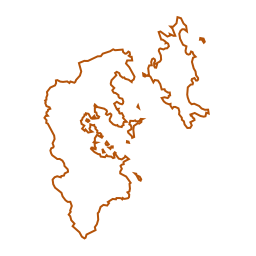 Angra dos Reis, Rio de Janeiro, Brazil, rotated 266°
{"feature_id": "56859067B69907302003048", "entity_name": "Angra dos Reis", "entity_type": "district", "adm_level": 2, "iso_a3": "BRA", "parent_name": "Brazil", "parent_adm1": "Rio de Janeiro", "projection": "orthographic", "projection_center": [-44.33, -23.032], "detail": "fine", "context": "isolated", "style": "outline", "palette": "amber", "viewbox_px": 256, "rotation_deg": 266, "n_neighbors": 0, "source": "geoboundaries", "source_scale": "gbopen_adm2", "svg_char_len": 5938}
<svg xmlns="http://www.w3.org/2000/svg" viewBox="0 0 256 256"><g transform="rotate(266 128 128)"><path d="M147.6,47.6L145.8,48.9L145.7,46.7L144.0,45.4L141.4,47.3L138.8,46.8L137.9,48.3L125.6,53.8L122.1,54.0L118.0,51.7L114.9,52.6L113.8,52.1L113.1,50.0L110.9,49.0L108.0,49.6L106.1,50.5L102.0,55.3L101.9,57.7L100.0,60.3L97.1,61.8L94.5,62.0L91.1,64.9L89.8,65.1L88.5,65.1L87.1,61.7L85.0,60.8L84.7,58.1L83.5,57.5L84.8,54.0L84.0,51.4L81.8,49.2L77.1,49.5L73.5,51.1L68.0,57.1L64.3,58.0L60.3,60.6L58.5,62.7L58.4,65.3L54.1,66.5L49.6,64.5L48.4,65.0L45.7,62.8L44.0,64.2L39.9,65.0L36.3,67.9L33.9,65.9L27.4,72.3L22.8,74.4L20.9,76.9L21.5,78.0L24.6,79.2L28.4,88.5L31.4,88.0L34.1,90.2L38.6,91.9L45.1,91.9L46.2,93.1L51.1,95.1L53.0,98.1L52.1,101.8L54.4,103.8L55.6,102.8L58.3,107.8L57.7,111.0L58.9,111.6L58.7,114.7L58.4,116.2L57.3,117.2L58.5,117.9L57.6,118.9L57.6,120.3L58.0,123.2L59.0,124.2L61.6,124.6L63.9,123.0L64.6,125.0L67.3,125.7L72.2,125.6L73.1,126.8L79.7,122.8L83.2,117.1L85.1,117.2L87.7,119.0L90.7,117.9L91.8,119.1L92.2,121.2L94.2,121.1L94.9,122.0L96.9,126.7L100.2,123.3L99.0,122.7L97.1,119.6L98.1,116.6L102.7,113.7L104.0,114.0L104.7,113.1L103.4,111.9L99.4,112.5L99.0,111.0L100.6,109.4L101.3,105.6L102.5,104.8L100.5,103.0L101.4,98.8L103.8,98.1L104.0,96.5L106.3,92.9L109.9,89.6L111.0,90.2L110.9,91.6L109.8,92.3L109.1,94.2L110.5,94.5L111.6,93.7L114.8,93.6L115.6,96.0L116.2,92.9L117.6,94.1L120.1,94.2L123.3,96.6L120.2,101.2L121.4,102.1L122.4,100.4L123.5,101.0L124.8,100.0L124.8,98.3L125.6,96.9L127.4,97.3L129.6,95.4L130.8,95.9L131.9,94.7L133.4,94.5L133.2,93.0L134.3,90.7L131.4,90.4L130.2,89.5L128.7,89.9L126.8,92.1L126.2,88.0L129.5,85.5L128.2,84.6L130.5,82.2L133.4,84.6L135.3,82.0L138.6,81.5L139.4,82.8L141.2,83.4L142.9,85.2L144.5,85.6L144.2,87.0L145.6,87.1L144.9,89.6L140.2,91.9L139.7,93.0L139.7,94.4L141.0,93.6L142.5,95.2L139.8,96.3L139.9,99.2L141.3,100.0L142.7,97.9L145.6,97.5L146.3,96.1L150.3,96.3L150.8,97.3L152.4,96.0L153.7,96.6L151.0,99.1L148.9,105.7L147.1,107.9L145.9,108.2L143.5,106.9L142.4,108.1L143.7,111.3L142.7,112.3L141.3,112.2L138.1,110.3L136.2,110.4L132.7,113.5L131.3,116.3L131.7,117.6L130.3,118.4L129.4,121.8L130.7,122.4L131.2,123.8L132.8,123.6L134.3,124.3L134.3,127.1L138.5,123.7L139.8,124.5L143.3,122.9L142.9,121.1L143.7,120.3L145.2,120.4L146.3,119.1L147.8,120.0L147.7,118.1L153.2,115.9L154.9,118.7L152.8,121.6L152.1,123.7L152.9,124.7L154.7,125.2L157.6,124.4L158.5,121.7L159.9,120.7L161.5,120.8L163.8,118.0L164.1,116.4L165.5,115.5L166.8,115.0L168.9,117.1L172.3,114.0L173.7,113.9L176.8,114.9L181.5,120.1L183.8,119.0L184.8,120.7L183.3,123.1L180.8,123.8L178.5,126.3L178.7,127.8L177.3,128.6L176.1,132.0L173.6,134.9L174.9,135.3L176.0,137.1L178.7,138.1L188.6,133.5L192.5,130.5L195.4,131.9L195.1,136.9L198.8,136.6L198.9,135.2L200.0,133.8L201.0,135.1L203.4,134.9L204.2,133.7L202.4,131.7L202.3,130.4L204.0,128.5L206.6,128.1L206.5,120.5L207.5,118.7L205.8,115.5L203.9,108.0L201.5,105.9L201.6,102.7L197.7,92.7L198.0,89.0L196.2,83.6L187.7,85.3L183.6,83.7L179.6,79.6L177.6,78.6L176.9,77.6L178.4,73.8L177.0,72.7L178.7,70.6L178.5,66.4L179.0,63.7L180.7,60.8L180.5,59.4L177.8,59.4L175.6,58.2L173.8,53.4L169.6,49.7L166.7,49.9L164.2,48.7L161.9,48.6L161.2,47.2L159.7,47.8L158.7,47.2L155.5,48.2L154.1,51.2L152.6,51.8L151.9,49.6L150.3,49.1L149.4,47.8L147.6,47.6ZM178.8,150.0L178.4,153.1L177.4,154.1L171.8,156.5L174.0,158.0L173.2,161.2L169.6,163.2L164.1,164.3L164.1,167.2L162.5,167.7L160.6,170.3L160.5,172.1L157.6,172.3L157.3,170.9L155.9,170.7L155.1,169.7L156.1,166.6L155.6,163.7L152.0,165.6L150.1,167.7L148.8,170.6L149.1,172.1L147.4,171.9L144.4,173.6L145.8,175.0L145.7,176.7L144.1,179.7L140.9,180.4L138.1,179.9L134.5,182.4L132.5,182.3L130.8,184.2L127.6,184.7L123.9,187.2L123.8,190.1L126.2,191.8L129.4,190.6L131.3,194.9L132.8,194.7L133.8,193.3L135.3,192.8L135.9,191.5L137.1,191.2L138.3,195.6L134.9,201.2L134.0,204.4L134.3,206.1L137.8,207.1L136.8,209.5L140.7,209.2L140.8,206.0L142.3,202.8L145.0,200.5L147.6,195.7L147.3,193.1L149.7,191.0L154.4,189.7L157.2,189.4L164.4,190.5L166.9,193.5L167.0,195.5L168.4,196.0L171.2,194.7L172.4,195.2L173.2,197.8L170.6,199.2L170.5,200.4L171.4,201.3L173.0,201.4L175.8,199.6L179.7,199.3L182.9,197.7L189.5,196.4L193.6,197.8L194.4,200.4L196.8,198.4L199.2,197.7L199.9,196.3L197.4,195.0L197.0,193.5L197.7,192.0L199.4,190.9L201.1,190.8L205.4,192.0L207.2,188.7L213.3,186.2L218.4,185.7L221.3,187.2L222.7,189.0L222.6,190.9L220.3,193.5L225.8,193.1L228.3,190.7L233.8,188.5L235.1,185.1L229.1,183.7L225.9,180.1L226.2,177.5L224.0,179.3L216.7,181.6L216.8,179.8L218.8,176.3L217.4,176.6L216.5,173.7L222.0,167.1L221.6,165.3L213.9,167.3L213.7,168.7L212.1,170.8L211.2,171.7L209.9,171.4L210.2,172.8L209.3,173.9L206.7,174.5L204.8,172.6L204.8,170.7L203.9,168.9L205.1,165.7L204.3,164.5L202.8,164.1L198.2,165.8L193.9,165.8L192.2,164.6L190.1,160.3L189.3,161.4L186.2,160.3L186.4,159.1L188.0,158.4L191.2,158.6L192.9,159.8L194.6,159.5L195.6,158.2L194.9,156.8L192.1,155.7L188.9,156.1L188.9,153.5L186.1,152.3L179.8,152.6L178.8,150.0ZM126.5,131.1L124.8,127.7L123.3,127.9L119.5,131.3L117.9,131.5L118.6,133.5L126.0,133.2L129.7,134.0L132.1,138.2L131.6,139.5L133.0,141.7L135.4,142.1L135.9,143.3L136.2,141.3L134.2,139.8L134.0,138.0L134.1,136.5L135.1,135.7L134.6,134.2L135.0,130.8L131.5,129.6L130.6,130.9L128.5,131.5L126.5,131.1ZM80.4,133.1L75.5,135.3L74.6,136.9L75.9,137.6L78.6,136.3L80.4,133.1ZM208.7,210.6L211.9,209.6L212.7,206.4L211.1,206.0L211.1,207.8L207.8,209.6L208.7,210.6ZM113.0,107.7L115.9,105.8L114.2,104.5L112.9,104.8L112.2,106.3L113.0,107.7ZM178.8,150.0L180.4,148.5L181.3,146.9L178.9,147.0L178.1,148.5L178.8,150.0ZM139.0,89.1L139.6,87.5L138.2,86.7L136.8,88.5L137.8,89.9L139.0,89.1ZM105.4,102.9L109.0,101.0L105.2,101.4L105.4,102.9ZM114.4,127.6L114.9,126.1L113.7,125.9L113.2,127.9L114.4,127.6ZM109.6,109.6L109.5,111.4L110.7,111.5L110.8,110.1L109.6,109.6ZM147.2,140.2L149.8,139.6L148.4,138.8L147.2,140.2ZM109.6,109.6L109.7,107.6L108.4,109.0L109.6,109.6ZM80.4,133.1L81.8,133.0L82.2,131.6L80.4,133.1Z" fill="none" stroke="#b45309" stroke-width="2"/></g></svg>